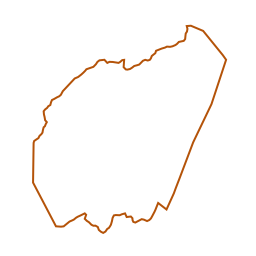 São Tomé, Rio Grande do Norte, Brazil (Natural Earth projection), rotated 184°
{"feature_id": "56859067B14389226349371", "entity_name": "São Tomé", "entity_type": "district", "adm_level": 2, "iso_a3": "BRA", "parent_name": "Brazil", "parent_adm1": "Rio Grande do Norte", "projection": "natural_earth1", "projection_center": [-36.104, -5.997], "detail": "fine", "context": "isolated", "style": "outline", "palette": "amber", "viewbox_px": 256, "rotation_deg": 184, "n_neighbors": 0, "source": "geoboundaries", "source_scale": "gbopen_adm2", "svg_char_len": 1781}
<svg xmlns="http://www.w3.org/2000/svg" viewBox="0 0 256 256"><g transform="rotate(184 128 128)"><path d="M218.9,66.9L209.7,52.0L193.0,24.9L187.9,24.9L185.3,25.4L179.8,30.6L177.3,31.9L175.7,32.8L173.5,34.9L171.9,36.0L169.5,37.3L167.8,38.3L165.2,39.8L163.7,38.5L164.8,34.4L162.6,32.5L160.4,31.3L157.7,28.9L155.7,28.1L153.6,28.3L151.2,27.1L150.0,24.3L147.9,22.7L145.5,21.6L143.3,23.1L141.7,25.8L140.0,27.1L139.1,28.7L138.3,30.3L137.5,34.0L137.1,37.2L136.0,39.8L134.3,40.3L130.2,40.4L128.1,41.5L125.0,42.6L123.1,39.1L119.0,39.9L117.3,38.3L117.0,36.3L116.1,34.7L114.1,34.2L108.0,38.0L105.8,37.7L102.5,36.5L100.3,37.7L98.8,39.4L97.5,42.2L95.7,46.3L94.8,48.7L93.9,51.6L92.7,55.3L83.9,49.4L77.7,66.0L76.2,71.2L73.0,81.6L62.0,118.2L60.9,121.0L46.4,157.6L34.9,202.9L38.5,207.3L59.8,230.1L72.4,234.4L76.5,233.8L75.6,231.0L75.9,228.3L77.0,226.3L77.1,224.2L77.2,220.7L78.5,218.8L83.3,217.4L84.9,215.4L86.4,214.1L89.3,212.6L91.7,211.9L94.8,211.9L96.7,210.8L99.9,209.6L105.4,207.0L106.0,204.5L107.7,203.0L109.3,201.5L110.0,199.1L111.0,197.5L113.0,196.7L115.6,197.2L117.8,196.1L121.2,192.1L122.9,191.4L126.1,190.3L128.1,188.5L130.1,187.0L132.7,186.2L134.3,186.3L136.6,188.4L136.6,195.7L138.5,195.3L140.5,193.3L142.0,192.3L147.8,192.8L151.1,192.7L153.2,191.5L156.3,194.4L161.2,193.5L163.1,191.8L164.5,189.3L166.8,186.6L173.6,183.7L174.6,182.2L176.3,180.2L178.3,178.1L181.3,175.4L184.6,173.7L195.6,160.2L197.3,156.4L198.9,154.8L200.9,153.7L203.7,151.8L205.8,150.6L206.6,148.2L207.1,145.5L209.1,144.1L210.0,142.5L212.0,140.7L213.3,138.8L212.8,135.7L212.0,133.2L211.2,130.0L209.4,128.2L210.4,126.0L211.0,124.0L212.2,122.8L212.7,120.2L213.0,117.4L214.0,115.8L215.7,114.0L216.7,111.6L218.6,110.2L220.7,108.5L221.1,106.6L221.0,104.3L218.9,66.9Z" fill="none" stroke="#b45309" stroke-width="2"/></g></svg>